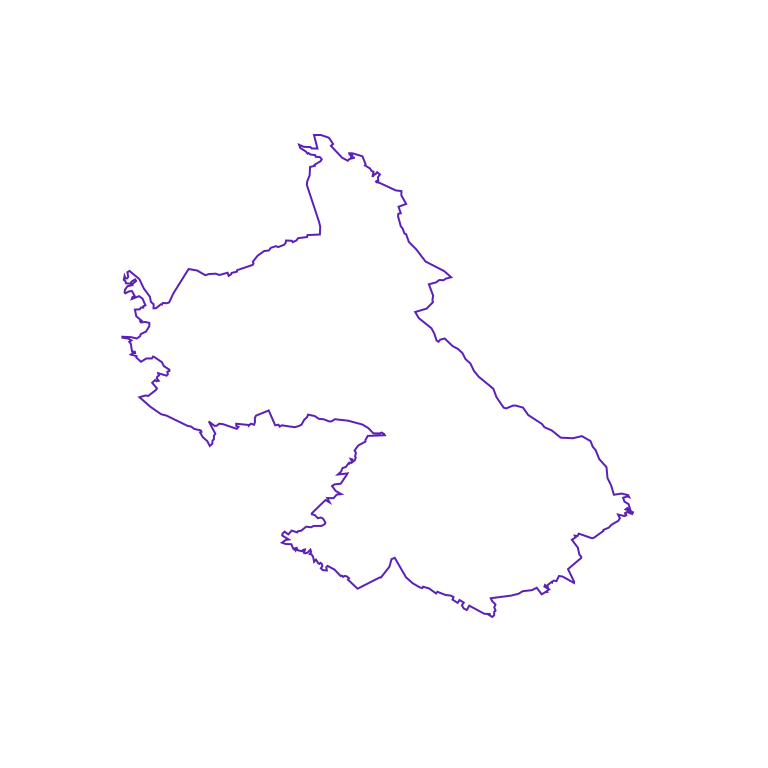 outline of Husnicioara, Mehedinti, Romania, rotated 27°
{"feature_id": "2599482B73599404169892", "entity_name": "Husnicioara", "entity_type": "district", "adm_level": 2, "iso_a3": "ROU", "parent_name": "Romania", "parent_adm1": "Mehedinti", "projection": "robinson", "projection_center": [22.847, 44.668], "detail": "fine", "context": "isolated", "style": "outline", "palette": "violet", "viewbox_px": 768, "rotation_deg": 27, "n_neighbors": 0, "source": "geoboundaries", "source_scale": "gbopen_adm2", "svg_char_len": 6165}
<svg xmlns="http://www.w3.org/2000/svg" viewBox="0 0 768 768"><g transform="rotate(27 384 384)"><path d="M655.1,396.5L651.8,394.1L658.2,392.5L659.3,391.2L657.0,389.5L658.2,389.7L657.6,389.1L658.7,387.8L664.2,387.1L664.1,385.3L656.2,386.0L657.1,384.1L660.4,384.0L656.4,380.0L651.6,379.6L648.7,376.8L652.0,373.6L653.7,373.5L652.0,372.2L645.6,373.7L639.1,378.3L632.4,371.2L625.8,366.3L620.0,357.1L609.9,353.2L602.4,346.7L598.7,345.3L593.9,341.1L584.0,340.6L576.9,346.6L565.8,351.6L554.5,349.2L546.6,349.7L542.9,347.9L526.6,346.2L518.6,341.9L511.3,343.4L508.7,344.7L504.0,350.2L501.4,350.8L490.1,344.6L483.6,338.6L465.0,334.5L458.4,331.6L451.5,326.4L445.3,324.8L439.8,320.8L434.2,319.2L428.0,319.1L417.5,315.9L414.0,318.9L413.3,321.7L411.1,321.4L405.9,316.2L401.0,312.8L385.1,309.5L379.1,305.7L387.7,297.5L390.5,288.9L389.3,287.7L387.5,282.8L378.7,274.8L384.3,269.8L386.0,266.3L389.9,264.5L391.4,261.9L395.4,258.4L386.5,256.1L365.4,256.0L351.6,249.4L341.6,246.1L335.6,240.4L334.0,240.7L330.1,237.1L327.4,235.9L320.3,228.1L319.5,225.8L321.4,224.3L316.5,219.4L322.0,213.5L313.8,208.0L311.9,204.2L306.5,206.2L288.5,206.8L285.9,207.6L285.0,207.3L285.2,206.5L287.0,206.3L284.8,202.6L285.2,199.1L281.7,198.4L281.2,201.0L280.2,201.4L280.0,203.8L279.4,203.9L278.4,199.7L276.1,199.8L273.8,198.3L267.8,197.9L267.9,196.6L261.4,190.9L251.3,192.7L248.3,194.2L249.2,195.3L251.8,194.6L252.4,195.6L251.3,196.2L251.6,196.8L255.2,195.6L251.0,199.3L250.4,201.5L244.0,201.4L228.6,195.9L229.7,193.3L223.1,189.6L214.7,190.8L208.6,193.9L217.8,204.4L212.6,207.0L210.9,206.3L204.9,209.1L199.8,209.4L202.2,211.7L208.9,212.3L211.3,213.5L211.9,212.5L214.5,212.9L218.7,211.3L220.1,212.6L223.6,210.9L226.5,212.0L226.4,214.1L222.6,220.2L223.3,221.0L219.6,224.2L223.0,231.8L223.7,238.7L224.8,241.6L252.7,269.2L255.8,272.9L259.0,279.9L248.2,286.1L248.7,288.0L241.2,293.1L240.8,295.8L238.4,299.0L236.9,298.2L231.6,300.6L232.3,303.0L231.8,305.3L227.5,310.1L225.2,310.2L221.3,314.1L220.9,317.2L216.8,320.0L213.2,326.9L211.6,334.5L213.0,335.8L212.9,337.5L201.5,349.2L201.9,350.7L197.8,354.2L197.9,355.7L196.5,358.2L194.1,355.9L187.7,361.7L184.0,362.1L178.1,365.5L175.4,368.2L166.0,367.7L157.7,370.3L155.2,398.7L155.5,408.9L153.8,410.7L150.1,412.2L150.1,414.0L148.9,414.4L146.6,419.8L144.3,421.2L142.5,417.5L139.1,416.7L135.9,412.6L126.6,407.9L118.4,401.6L105.9,398.8L104.6,400.9L107.5,404.7L107.1,406.6L105.8,407.3L103.8,405.5L104.9,409.4L106.8,409.7L108.4,411.4L112.7,409.6L112.5,407.4L114.8,403.8L116.4,404.7L114.5,408.9L115.1,410.0L111.0,413.4L110.4,417.5L111.4,420.4L112.5,420.6L114.6,417.4L117.2,415.6L121.8,418.7L120.4,420.8L120.7,422.8L125.9,416.9L130.1,417.6L135.7,422.2L134.2,424.1L134.8,425.2L132.8,426.2L132.4,428.4L128.3,430.8L132.5,436.1L139.1,437.6L138.2,438.7L139.5,439.5L143.3,437.0L147.2,436.1L148.6,438.8L148.2,445.2L144.6,450.0L145.0,452.1L143.1,455.7L137.3,457.1L129.4,460.7L130.0,461.5L135.3,459.7L139.1,459.8L137.9,462.1L140.1,463.0L144.7,469.4L147.4,468.4L148.2,469.4L146.4,470.1L145.1,472.7L150.9,471.5L151.3,472.9L157.4,474.5L160.6,469.2L165.6,466.6L165.7,464.5L166.7,464.2L176.2,465.4L179.7,468.0L186.3,468.7L186.9,470.0L185.4,471.4L187.0,473.5L186.5,475.3L177.9,476.9L179.6,478.6L178.6,480.6L179.0,482.1L181.8,483.4L180.1,484.8L178.2,484.4L176.9,488.2L183.7,491.0L183.6,492.6L179.4,501.6L176.5,502.7L172.1,506.8L186.5,510.4L199.2,512.1L204.6,510.9L228.1,510.5L231.3,509.5L235.4,510.2L241.7,508.5L243.1,509.5L242.1,510.6L244.0,511.9L246.8,513.7L252.4,515.1L256.9,518.3L258.1,515.2L256.9,512.2L257.6,510.6L255.9,507.3L256.3,504.9L244.9,496.9L252.0,498.2L253.9,497.1L255.1,494.3L258.6,492.9L273.2,490.8L273.8,488.3L271.4,488.4L270.4,486.5L281.9,482.0L282.4,482.6L283.4,479.8L286.7,479.3L286.3,476.5L284.4,473.0L284.3,470.3L293.3,459.9L305.8,470.2L308.5,468.2L310.4,469.3L311.7,467.2L323.9,463.1L327.2,460.1L329.0,457.5L329.1,452.2L330.5,448.6L330.2,445.8L336.8,444.0L341.9,444.6L346.3,442.8L352.3,442.2L354.3,441.0L356.2,437.7L368.6,433.0L383.2,429.9L390.1,430.4L396.9,432.8L402.8,429.9L403.8,428.4L406.8,428.5L408.0,429.3L393.1,437.6L392.9,442.2L393.6,443.8L389.0,450.4L388.0,456.6L390.3,458.2L391.1,461.6L392.2,462.3L392.6,465.4L391.9,466.8L390.7,466.8L390.1,465.5L388.3,465.9L391.2,467.8L390.9,469.0L388.9,469.7L389.2,470.8L388.3,471.0L387.7,475.2L385.2,477.7L385.5,481.5L384.0,485.6L392.1,480.2L392.0,481.9L390.7,492.5L385.5,495.9L384.0,498.5L389.4,501.2L395.9,501.5L392.1,504.0L390.9,508.6L385.2,511.4L389.3,514.2L384.5,514.0L378.4,532.0L378.9,532.9L381.6,532.2L386.1,533.6L388.3,531.6L391.0,531.7L394.7,534.1L394.8,535.8L392.7,538.9L385.9,542.3L384.0,544.8L379.5,546.4L376.7,552.5L374.2,554.2L374.1,555.6L368.3,556.5L367.0,561.4L362.5,560.7L361.5,563.3L362.1,565.2L369.7,565.8L367.3,567.5L365.1,571.7L369.1,571.2L374.2,568.8L378.0,572.0L379.8,570.3L379.8,572.2L380.5,572.0L380.5,570.4L381.1,571.8L381.5,570.4L382.6,571.3L387.3,570.1L387.1,568.8L388.7,567.3L389.5,570.8L390.8,570.6L392.5,569.0L393.6,565.0L395.3,566.6L395.1,569.2L396.6,568.7L399.1,570.0L402.5,574.1L403.1,571.4L407.1,573.7L408.2,573.6L408.5,572.2L410.1,572.4L411.8,574.2L411.4,576.9L414.1,577.6L417.7,576.1L415.7,573.3L416.3,571.7L424.0,571.8L432.6,574.8L433.5,573.9L435.2,574.4L435.9,573.0L438.0,572.3L441.0,572.9L440.7,574.7L453.4,578.4L468.0,558.3L469.1,557.9L471.8,544.3L470.2,536.7L472.5,534.0L491.3,546.2L499.9,548.5L508.2,549.0L510.8,548.4L510.9,546.8L517.2,545.7L525.5,547.0L525.9,544.9L534.2,544.1L539.7,542.2L542.7,542.3L542.9,545.0L549.0,545.6L549.4,542.2L554.3,542.6L553.9,545.9L557.0,547.8L560.4,547.8L560.6,542.8L577.7,543.2L583.3,540.6L582.1,542.1L586.3,542.4L587.1,539.9L585.6,536.9L586.3,535.3L583.6,532.9L583.4,529.8L578.7,528.2L576.4,526.4L593.4,514.8L599.1,509.8L601.7,505.6L609.3,500.6L612.6,496.2L620.0,499.8L622.3,496.1L623.7,495.3L623.0,494.9L624.4,492.0L618.9,491.7L618.7,490.0L622.2,490.7L621.0,489.2L623.1,484.5L623.9,484.6L623.7,483.5L624.7,482.0L627.1,481.4L627.1,475.6L630.5,474.5L643.6,475.0L643.1,473.8L632.0,465.4L638.7,449.4L638.3,448.5L635.4,447.2L631.0,441.8L622.1,437.5L624.4,433.5L622.9,432.5L625.5,431.5L625.5,428.9L639.4,427.0L641.0,425.4L646.2,415.3L645.7,414.5L649.5,409.9L650.6,406.1L654.9,399.5L655.1,396.5Z" fill="none" stroke="#5b21b6" stroke-width="2"/></g></svg>